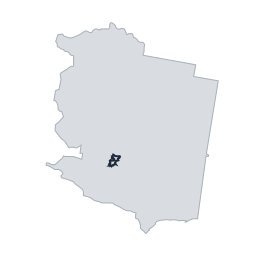 Al Hasahisa, Gezira, Sudan shown in context, rotated 98°
{"feature_id": "16777658B35693507625874", "entity_name": "Al Hasahisa", "entity_type": "district", "adm_level": 2, "iso_a3": "SDN", "parent_name": "Sudan", "parent_adm1": "Gezira", "projection": "albers", "projection_center": [32.94, 14.812], "detail": "medium", "context": "in_parent", "style": "outline", "palette": "slate", "viewbox_px": 256, "rotation_deg": 98, "n_neighbors": 0, "source": "geoboundaries", "source_scale": "gbopen_adm2", "svg_char_len": 5139}
<svg xmlns="http://www.w3.org/2000/svg" viewBox="0 0 256 256"><g transform="rotate(98 128 128)"><path d="M176.3,203.9L174.0,203.9L173.8,203.4L173.8,201.9L174.0,200.7L174.9,198.9L174.7,197.9L174.8,196.5L174.2,194.9L168.6,190.3L167.5,189.0L164.5,187.9L165.0,186.6L163.8,177.1L164.4,176.0L164.6,174.3L164.6,172.9L165.3,170.5L165.4,169.4L159.5,169.4L159.4,170.4L159.7,171.6L159.7,172.0L151.5,172.1L154.8,175.8L154.9,177.4L154.7,179.4L154.8,180.7L154.9,181.6L155.8,183.3L155.8,183.6L155.5,184.0L149.7,188.9L148.7,191.2L147.9,192.4L146.2,194.4L140.9,199.7L140.0,200.0L135.9,200.1L135.5,200.3L135.2,200.5L131.6,197.3L125.8,193.5L121.9,195.4L120.8,196.1L120.8,197.9L120.2,198.8L119.1,199.8L116.2,200.4L114.7,200.9L112.9,201.9L111.2,203.5L111.0,204.4L111.2,205.2L101.3,205.0L100.6,204.3L99.3,201.5L98.3,201.6L89.3,201.1L88.0,201.4L85.3,202.4L84.0,202.6L82.7,202.0L78.1,196.4L77.1,195.7L76.1,194.3L75.1,193.7L74.8,193.3L74.7,192.7L74.8,191.5L74.5,190.7L73.7,190.5L67.3,191.6L66.4,191.4L65.1,191.6L64.6,191.8L64.0,192.5L63.9,194.0L63.7,194.8L63.2,195.6L61.3,197.4L60.9,198.2L60.9,200.3L60.7,201.3L60.4,201.8L59.6,202.5L59.3,203.0L58.9,205.6L57.9,207.1L57.6,207.7L57.5,208.8L57.3,209.2L54.4,210.0L53.3,210.5L52.6,211.4L52.4,211.7L51.2,211.4L49.6,211.1L46.6,210.7L45.4,210.2L44.9,209.6L45.1,208.0L44.9,207.6L44.4,207.3L44.1,206.6L44.2,205.8L45.9,204.0L46.2,203.1L46.8,198.5L46.8,197.0L45.6,194.4L42.9,189.8L42.3,188.9L38.8,185.1L38.4,184.5L37.6,182.9L38.7,179.5L38.8,178.6L38.6,177.6L37.8,176.8L37.0,176.7L35.9,175.8L35.3,175.3L34.7,174.5L34.3,173.3L34.8,169.3L34.6,168.8L33.7,168.6L33.5,168.3L33.6,167.5L33.2,165.2L32.7,163.3L33.1,162.3L32.4,160.8L31.0,160.1L28.1,160.5L27.2,160.3L26.6,160.0L26.2,159.5L26.0,158.9L26.3,157.9L27.2,156.3L28.2,154.9L30.4,153.7L30.9,153.1L31.3,152.3L31.4,151.5L31.3,150.6L31.1,149.7L30.5,148.6L30.0,147.2L30.1,146.4L30.4,145.8L31.0,145.0L33.1,143.6L35.2,142.5L35.6,142.1L35.5,141.6L34.5,140.5L34.3,138.5L33.9,137.1L35.0,136.1L35.8,135.8L37.0,135.5L37.5,135.1L37.7,134.3L37.7,133.5L38.1,132.9L38.8,131.7L39.3,131.2L40.9,129.8L41.3,128.8L41.4,127.9L41.1,125.1L42.1,124.0L43.3,123.1L45.0,123.2L47.6,123.1L49.3,122.8L50.6,122.8L53.5,123.5L53.8,123.3L53.9,122.5L56.0,69.7L67.7,70.2L67.9,70.1L68.7,45.2L141.8,46.8L142.5,46.7L143.6,44.4L144.1,44.3L144.9,44.4L145.1,44.9L144.5,46.8L208.3,46.5L208.5,49.3L209.1,51.6L210.9,54.8L212.5,56.5L213.1,57.5L213.1,57.9L213.1,58.3L212.6,57.9L211.8,57.5L211.7,59.1L212.1,62.2L212.8,64.4L212.4,66.4L212.5,69.8L213.4,73.9L213.3,76.5L214.8,82.6L216.2,86.0L216.9,86.8L217.7,87.3L219.3,87.5L221.6,89.2L223.5,91.0L224.1,91.9L225.0,93.0L225.6,92.8L226.0,92.5L226.6,93.3L229.5,95.1L230.0,95.9L229.0,96.8L227.8,98.3L227.2,99.6L226.9,100.0L226.0,100.9L225.8,101.3L225.4,101.6L225.0,101.6L224.0,102.1L223.1,101.9L222.2,102.2L221.9,102.5L221.2,102.8L220.2,103.0L218.8,104.2L217.5,104.8L217.0,105.2L216.4,107.5L215.9,108.1L213.9,108.2L213.0,108.4L211.7,108.2L211.1,108.2L210.9,108.7L210.7,110.6L210.7,111.5L209.7,113.7L210.1,117.8L209.1,120.9L208.9,121.6L207.9,124.1L207.4,125.0L206.1,129.6L205.6,131.0L204.4,132.5L205.8,143.5L204.9,146.9L204.9,148.7L204.3,151.4L203.8,152.7L202.9,154.2L202.2,155.9L201.6,158.2L201.2,162.4L201.0,162.8L197.5,163.3L196.4,163.7L195.6,164.1L194.8,165.2L193.0,168.2L192.1,170.0L190.6,172.6L188.9,174.3L188.5,175.2L188.3,176.8L187.7,179.3L187.1,181.1L187.2,182.6L186.7,185.1L186.8,186.3L186.2,187.0L185.4,187.6L184.8,187.8L182.3,186.1L180.6,187.3L179.5,188.9L178.7,190.6L179.2,194.0L179.2,194.8L178.9,195.6L177.3,199.0L176.8,200.6L176.3,203.3L176.3,203.9Z" fill="#d9dde1" stroke="#a8b0b8" stroke-width="1"/><path d="M156.4,138.9L156.9,139.0L157.2,139.1L157.3,139.0L157.4,138.9L157.6,139.2L158.0,139.4L158.2,139.7L158.1,139.8L158.5,139.5L158.5,139.8L158.7,139.7L159.1,139.7L159.9,139.9L160.1,139.8L160.1,139.4L159.7,139.3L159.8,138.6L160.0,138.1L160.2,137.9L160.9,137.4L161.0,137.1L161.4,137.1L161.6,137.4L161.8,137.9L162.2,137.9L162.3,138.0L162.4,138.7L162.4,139.1L162.6,139.6L162.3,140.0L162.2,140.7L162.6,140.7L162.7,141.0L163.1,141.4L163.5,141.1L163.9,141.0L164.4,141.0L164.8,140.7L165.0,140.8L165.2,140.6L165.4,140.7L165.7,140.9L166.0,141.3L166.2,141.6L166.4,141.7L166.7,141.4L167.1,141.4L167.2,141.1L167.5,141.3L167.7,141.2L167.8,141.3L167.7,140.7L167.7,140.4L167.5,140.2L167.4,140.0L167.4,139.9L167.5,139.9L167.4,139.8L167.5,139.5L167.8,139.4L168.0,139.5L168.1,139.3L167.9,139.3L168.0,139.1L167.9,138.9L167.4,138.4L167.4,137.8L167.3,137.6L167.1,137.6L166.9,137.8L166.7,137.7L166.8,137.3L166.4,136.9L166.3,136.6L166.1,136.4L165.8,136.3L165.7,135.9L165.5,135.6L165.6,135.2L165.3,135.5L165.0,135.5L165.1,135.8L164.8,136.0L164.7,136.1L164.4,136.0L163.1,135.7L162.8,135.7L162.6,135.5L162.4,135.5L162.2,135.0L162.2,134.9L161.9,134.3L161.7,134.3L161.6,134.1L161.4,133.6L161.6,133.4L161.4,133.1L161.1,133.4L160.5,133.6L160.0,133.7L159.9,133.6L159.4,133.2L159.1,132.8L159.0,132.5L158.7,132.5L158.5,132.4L158.4,132.2L158.2,132.1L157.8,132.1L157.3,132.0L157.1,132.6L157.1,133.0L157.2,133.3L157.5,133.5L157.6,134.0L157.5,134.6L157.3,134.6L157.5,134.7L157.4,135.5L157.6,136.4L157.5,137.1L157.3,137.4L156.8,138.0L156.4,138.9Z" fill="none" stroke="#1e293b" stroke-width="2"/></g></svg>